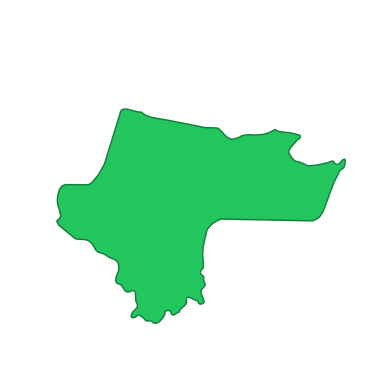 an SVG outline of Saïda, rotated 225°
{"feature_id": "DZA-2204", "entity_name": "Saïda", "entity_type": "Province", "adm_level": 1, "iso_a3": "DZA", "parent_name": "Algeria", "parent_adm1": "", "projection": "equal_earth", "projection_center": [-0.019, 34.538], "detail": "fine", "context": "isolated", "style": "filled", "palette": "green", "viewbox_px": 384, "rotation_deg": 225, "n_neighbors": 0, "source": "natural_earth", "source_scale": "10m", "svg_char_len": 3202}
<svg xmlns="http://www.w3.org/2000/svg" viewBox="0 0 384 384"><g transform="rotate(225 192 192)"><path d="M284.1,212.7L279.6,213.3L274.3,215.6L262.9,223.4L262.2,224.1L227.5,247.3L226.2,248.8L219.6,254.9L217.9,255.7L208.4,255.5L205.2,255.7L202.5,256.6L201.1,257.5L200.3,258.4L199.9,259.1L198.7,261.1L197.2,264.5L196.6,266.6L196.2,267.6L195.1,269.4L192.7,272.3L186.9,277.7L182.3,283.2L180.8,285.7L179.2,289.3L177.4,295.0L174.7,295.5L171.3,297.7L163.7,303.8L156.7,307.9L155.8,308.2L154.9,308.1L154.2,307.5L153.9,306.3L153.9,305.7L153.9,305.3L154.1,304.9L154.4,303.5L154.4,302.5L154.1,300.2L153.8,294.1L152.8,289.9L152.0,288.9L150.7,288.0L145.8,286.8L141.9,286.6L140.9,286.9L140.0,287.3L138.6,288.5L133.2,290.9L130.2,291.8L128.6,292.6L127.9,293.2L127.3,293.8L122.2,300.1L116.6,309.0L115.2,312.2L114.7,313.1L114.0,313.6L113.0,313.6L111.7,313.2L110.6,313.3L109.7,313.6L108.5,314.7L108.2,315.2L108.0,316.0L107.9,316.9L107.9,317.7L108.1,319.5L108.1,320.6L108.0,321.8L107.6,322.6L107.0,323.2L106.2,322.9L105.3,322.0L102.5,318.2L102.0,316.6L102.1,314.5L102.5,313.2L102.2,310.5L98.0,298.1L85.9,271.8L85.0,268.5L84.2,264.4L84.5,261.8L86.4,256.8L152.3,193.4L152.8,192.4L154.0,189.1L154.9,185.4L155.3,182.5L155.3,181.3L155.0,177.8L154.7,176.7L154.0,174.8L145.5,161.3L140.3,155.3L134.9,150.8L133.6,149.3L132.9,148.6L132.0,148.1L131.1,147.3L130.4,146.1L130.2,143.6L130.0,142.1L129.4,141.1L128.6,140.6L127.7,140.3L125.5,140.3L124.5,140.4L123.7,140.3L123.1,139.9L122.7,139.2L122.3,138.5L121.9,138.1L121.2,137.7L118.2,136.4L117.2,135.7L116.6,134.8L116.4,133.1L116.3,130.3L116.1,129.3L115.6,128.4L114.1,127.1L113.2,126.5L107.0,123.7L106.0,123.1L105.4,121.9L105.4,120.9L105.8,120.0L106.4,119.1L107.1,118.5L107.9,118.0L108.8,118.1L110.4,118.9L111.2,118.9L114.6,117.3L118.5,116.1L119.5,115.5L120.5,114.6L120.8,113.6L120.6,112.7L120.0,111.9L119.3,111.2L117.7,110.0L117.1,108.8L116.9,106.9L117.3,101.3L117.1,99.9L116.6,99.0L116.3,98.2L116.5,97.1L117.2,95.6L117.5,93.5L118.0,92.2L118.7,91.4L119.6,91.2L120.6,91.4L122.5,92.3L123.4,92.4L124.4,91.9L125.3,91.1L126.3,89.5L126.4,88.3L125.9,87.5L124.5,85.9L124.2,84.6L123.5,80.8L123.4,79.1L123.5,76.4L124.0,74.9L124.6,73.8L125.3,73.1L126.1,72.6L127.0,72.2L129.2,72.1L130.1,71.7L130.9,71.0L132.1,69.5L132.9,68.8L133.7,68.4L134.9,68.4L137.5,68.7L142.2,67.7L142.8,67.0L143.2,66.0L143.3,64.7L143.7,63.3L144.7,61.5L146.0,60.8L146.9,61.0L147.6,61.7L148.1,62.6L148.9,64.5L149.0,65.6L149.1,66.8L149.0,69.4L149.0,70.6L149.3,71.9L150.2,73.0L152.0,74.4L154.3,75.0L155.5,75.9L158.2,78.6L161.4,81.1L163.1,81.2L164.3,80.2L165.7,77.1L167.7,75.1L170.5,74.9L174.9,76.1L177.6,75.8L179.7,74.7L181.5,74.4L183.5,75.5L185.4,78.0L188.0,83.9L190.0,86.5L193.8,89.6L196.9,90.0L200.0,89.2L202.7,87.9L205.2,87.1L210.3,86.0L216.1,83.0L218.8,82.9L225.4,84.6L228.5,84.8L232.0,83.9L234.8,82.1L239.2,78.0L241.6,76.4L262.6,74.4L267.0,75.7L267.1,80.2L267.3,80.8L267.6,81.6L268.1,82.3L271.9,84.9L277.4,87.8L280.6,90.2L283.1,92.9L286.4,97.8L287.5,100.3L288.1,103.4L287.8,105.4L286.3,108.2L271.7,122.5L269.9,124.9L269.5,127.7L269.7,132.2L270.5,138.8L273.7,149.9L299.7,199.2L299.8,199.7L299.7,200.2L299.3,201.4L298.3,203.0L296.7,204.5L287.0,210.3L284.1,212.7Z" fill="#22c55e" stroke="#15803d" stroke-width="1.5"/></g></svg>